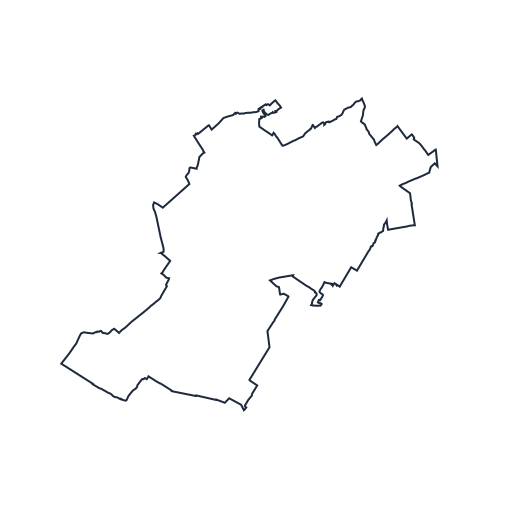 the district of Topolog, Tulcea, Romania, rotated 295°
{"feature_id": "2599482B94952153685810", "entity_name": "Topolog", "entity_type": "district", "adm_level": 2, "iso_a3": "ROU", "parent_name": "Romania", "parent_adm1": "Tulcea", "projection": "natural_earth1", "projection_center": [28.367, 44.857], "detail": "fine", "context": "isolated", "style": "outline", "palette": "slate", "viewbox_px": 512, "rotation_deg": 295, "n_neighbors": 0, "source": "geoboundaries", "source_scale": "gbopen_adm2", "svg_char_len": 6101}
<svg xmlns="http://www.w3.org/2000/svg" viewBox="0 0 512 512"><g transform="rotate(295 256 256)"><path d="M76.1,125.0L71.3,161.8L71.2,162.4L70.7,162.3L70.0,170.0L70.3,172.2L69.9,175.3L70.0,175.5L69.6,179.2L69.7,182.4L69.3,184.1L68.6,185.6L68.5,187.4L69.2,190.3L68.9,193.5L69.5,193.7L69.4,194.6L69.2,194.6L69.2,195.6L69.8,199.0L70.7,199.6L75.4,199.6L81.4,201.1L82.6,201.5L84.5,202.8L86.6,203.5L87.2,203.5L88.7,203.1L96.1,204.7L96.4,205.0L96.8,206.1L98.0,206.6L98.4,206.9L98.2,209.0L100.4,209.4L101.5,209.4L100.3,218.3L99.9,223.0L100.1,223.3L100.1,223.6L98.6,235.2L98.3,236.9L97.9,236.9L103.7,260.7L103.8,260.7L103.9,260.9L104.4,260.8L108.7,280.8L109.1,280.7L109.8,289.8L115.7,291.8L114.9,305.4L111.1,310.2L112.4,310.7L114.5,311.1L114.5,310.9L115.2,309.4L115.9,309.2L122.3,309.8L127.5,311.2L129.4,310.7L139.2,311.8L140.4,304.1L140.7,302.7L140.9,302.4L179.0,306.8L192.8,298.1L203.5,299.6L205.0,300.1L206.3,299.8L222.1,301.8L232.9,302.6L233.2,302.2L233.5,297.3L233.4,296.8L231.4,294.5L231.3,294.1L237.5,290.0L237.2,287.3L239.8,279.0L242.8,282.0L246.2,286.0L254.3,297.8L253.0,297.9L250.3,314.5L250.1,318.2L249.7,319.0L249.4,322.3L249.0,324.0L248.4,324.9L248.0,324.7L247.9,324.8L247.7,326.6L246.7,327.3L246.1,327.5L240.3,326.1L237.5,326.4L236.3,326.9L234.8,326.7L235.3,329.0L235.7,329.7L236.4,331.6L238.2,335.4L240.2,335.8L240.5,335.0L240.4,333.9L240.0,333.3L240.1,331.7L242.8,331.6L243.0,331.9L242.9,332.7L243.2,332.8L246.9,333.3L248.8,333.3L249.2,332.8L249.4,332.2L249.5,331.0L250.1,329.1L250.7,328.5L253.2,328.5L255.1,328.9L257.7,329.1L261.3,329.1L261.3,330.8L262.5,335.3L262.2,335.7L262.0,336.4L262.9,336.4L263.0,336.8L261.6,338.2L264.5,338.6L264.2,341.5L263.3,341.5L263.2,341.8L263.8,342.2L264.0,343.0L263.6,344.8L286.0,347.0L285.4,353.7L308.3,356.0L309.3,356.4L313.4,356.2L313.8,356.5L313.9,357.2L314.3,357.4L317.4,357.2L318.6,358.1L319.6,357.9L320.5,357.5L320.8,357.9L324.1,357.5L326.6,357.8L327.4,357.3L327.9,357.6L328.3,357.5L328.6,358.0L329.7,358.5L330.2,359.3L331.3,359.8L332.4,360.6L335.4,359.5L336.6,359.5L337.5,359.0L338.7,358.8L341.5,359.4L343.5,359.4L340.3,361.3L335.6,364.6L344.7,377.6L346.6,380.4L348.2,382.2L350.2,385.5L350.9,387.0L367.3,376.0L368.8,375.0L369.1,375.2L369.4,375.1L372.2,372.6L374.5,371.3L378.0,369.0L379.6,360.1L380.3,356.8L380.5,356.5L383.4,358.8L385.4,360.8L387.7,362.6L393.7,368.0L394.1,368.6L400.2,374.0L403.8,376.9L404.4,377.6L404.9,377.8L405.9,377.5L410.5,376.8L415.5,378.8L414.0,382.6L428.4,374.0L427.3,373.1L426.3,372.7L420.4,369.4L423.5,364.1L423.8,362.9L424.2,362.5L426.5,358.1L427.3,356.0L428.3,349.7L428.5,349.5L429.5,349.6L430.0,349.5L432.1,346.0L432.1,345.8L426.1,343.0L433.5,329.3L432.8,329.2L428.8,327.2L428.1,327.1L421.0,324.1L414.8,321.2L408.9,318.9L407.4,318.1L409.6,315.3L411.1,314.0L411.6,313.2L414.0,308.1L414.7,306.9L415.7,306.1L416.4,305.2L417.7,302.5L418.3,302.2L420.0,300.2L420.8,299.5L421.2,299.0L421.3,297.8L421.7,297.3L421.7,296.1L422.3,294.2L428.9,293.4L431.8,292.3L433.9,291.8L436.1,291.9L437.6,291.5L438.1,291.2L441.4,287.7L441.9,286.9L443.5,285.4L443.0,285.1L441.8,285.0L440.9,284.6L439.2,282.9L438.5,281.7L438.1,281.4L435.9,280.6L433.9,280.2L432.5,279.4L431.1,279.0L430.4,278.2L429.3,276.7L425.9,274.2L425.2,274.0L421.7,274.1L419.9,273.8L419.5,273.4L417.9,272.4L416.3,270.7L414.2,270.9L412.6,269.3L411.6,268.8L408.2,266.0L408.1,265.7L408.6,265.3L408.4,264.7L407.6,264.0L407.2,263.1L405.9,262.7L404.9,263.0L403.7,262.4L404.4,262.1L405.4,260.8L405.5,260.3L404.8,259.6L398.9,256.4L398.3,255.7L396.9,255.3L398.7,252.4L398.7,252.0L394.5,252.0L393.9,251.4L393.0,251.3L391.0,250.1L387.8,248.7L384.6,248.2L384.1,248.0L381.0,245.2L378.7,243.5L378.0,242.9L377.4,242.6L376.5,241.5L369.9,236.4L367.2,233.7L367.2,233.2L367.7,232.4L372.5,224.9L372.5,224.4L374.5,221.3L375.1,219.9L372.2,219.8L372.1,219.6L373.1,214.2L373.4,211.7L374.7,204.3L377.4,202.8L381.4,201.1L382.1,201.8L383.6,202.9L384.0,202.7L384.2,201.7L384.5,201.6L385.3,203.5L385.5,204.6L386.6,205.5L387.7,204.5L387.9,203.7L389.5,201.2L390.1,200.6L390.8,200.3L391.7,201.1L389.5,203.0L389.8,203.8L389.4,204.4L388.9,206.0L389.1,207.7L391.2,208.8L393.0,210.5L393.3,210.5L393.0,211.1L393.4,211.5L393.4,211.8L395.2,213.7L395.4,213.6L395.1,212.7L395.5,212.3L396.3,213.5L398.6,214.3L401.1,216.0L402.4,213.9L403.7,210.7L405.3,207.8L404.3,207.2L399.9,205.3L399.1,205.2L398.3,204.8L398.3,204.5L398.7,203.8L398.6,202.8L398.3,202.3L397.1,201.6L397.1,201.3L397.5,200.7L395.5,199.4L394.7,198.8L393.9,198.9L393.5,198.6L393.1,198.5L393.0,198.2L393.1,197.8L392.2,197.2L391.3,197.7L390.4,197.0L390.4,196.8L390.8,196.6L390.4,196.2L388.4,197.1L386.5,195.3L385.3,193.1L384.2,191.4L383.4,190.5L382.9,189.0L382.1,187.6L380.9,185.7L379.8,184.7L379.3,183.1L377.9,180.9L378.1,178.5L377.4,177.9L377.0,176.8L376.2,177.3L376.1,176.6L375.6,176.1L374.6,175.9L373.8,175.4L370.9,171.9L367.5,168.4L366.7,168.0L360.7,166.2L351.8,162.4L354.6,158.1L354.4,157.8L343.6,152.6L342.1,151.8L342.5,151.1L341.0,150.1L341.1,149.9L340.9,149.9L340.7,150.1L338.9,149.3L338.7,149.0L337.8,150.2L333.5,156.9L329.8,162.9L328.9,163.8L327.9,165.5L326.5,164.5L322.0,162.9L321.0,163.0L318.8,163.7L317.8,163.8L316.2,164.3L313.0,164.9L310.8,164.9L310.0,165.3L308.5,159.1L307.6,158.6L304.9,159.5L302.6,159.8L300.2,159.0L298.0,158.9L295.6,162.5L293.1,165.2L260.4,151.1L261.4,145.0L261.5,141.0L258.7,141.2L255.7,143.0L253.3,145.8L249.5,149.1L232.4,161.9L232.1,162.3L231.1,163.0L224.6,168.4L222.2,169.9L220.9,170.4L220.0,170.0L219.0,168.7L218.4,168.2L218.5,168.5L217.4,173.1L217.2,174.2L216.9,174.9L215.3,180.3L204.9,178.5L201.7,178.2L200.2,177.6L200.0,179.4L199.5,181.3L198.6,183.4L198.6,184.9L199.1,186.6L197.8,186.9L192.1,186.6L191.5,187.0L191.0,188.0L180.0,187.0L177.4,187.1L174.2,185.8L173.1,185.1L167.7,182.6L166.7,181.9L164.5,181.1L158.2,178.2L144.0,171.1L135.9,167.8L131.8,165.5L128.4,164.4L129.7,160.0L130.1,158.2L127.7,156.6L125.8,156.1L123.5,155.1L122.6,154.2L122.5,153.9L122.4,152.3L121.5,149.7L122.6,147.3L122.2,146.6L121.7,146.1L121.0,145.8L120.4,144.0L119.7,143.9L119.3,142.9L116.9,141.0L115.2,136.1L114.1,132.2L111.9,130.2L109.0,130.0L100.6,130.1L97.2,129.3L89.6,128.1L76.1,125.0Z" fill="none" stroke="#1e293b" stroke-width="2"/></g></svg>